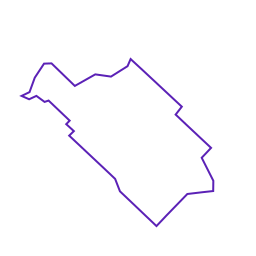 Spalding, Georgia, United States of America (Mercator projection), rotated 43°
{"feature_id": "52423323B62246388397555", "entity_name": "Spalding", "entity_type": "district", "adm_level": 2, "iso_a3": "USA", "parent_name": "United States of America", "parent_adm1": "Georgia", "projection": "mercator", "projection_center": [-84.329, 33.266], "detail": "fine", "context": "isolated", "style": "outline", "palette": "violet", "viewbox_px": 256, "rotation_deg": 43, "n_neighbors": 0, "source": "geoboundaries", "source_scale": "gbopen_adm2", "svg_char_len": 545}
<svg xmlns="http://www.w3.org/2000/svg" viewBox="0 0 256 256"><g transform="rotate(43 128 128)"><path d="M28.0,132.9L22.7,138.2L25.5,154.8L31.5,168.9L28.3,177.1L36.1,174.4L39.1,167.0L49.2,165.8L51.2,162.1L80.3,162.4L80.2,167.3L90.5,167.2L90.2,173.7L143.1,173.9L153.3,174.0L165.3,179.8L215.7,180.3L215.8,165.7L216.4,135.8L226.4,124.0L233.3,116.0L226.4,108.4L202.2,99.5L202.3,85.9L169.3,85.8L153.7,85.7L152.8,75.7L99.9,75.7L82.9,75.8L85.5,83.1L80.5,102.0L67.5,111.1L60.4,133.5L28.0,132.9Z" fill="none" stroke="#5b21b6" stroke-width="2"/></g></svg>